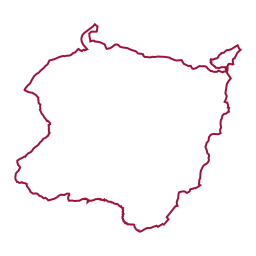 outline of Cosbuc, Bistrita-Nasaud, Romania
{"feature_id": "2599482B13321846656416", "entity_name": "Cosbuc", "entity_type": "district", "adm_level": 2, "iso_a3": "ROU", "parent_name": "Romania", "parent_adm1": "Bistrita-Nasaud", "projection": "robinson", "projection_center": [24.4, 47.372], "detail": "fine", "context": "isolated", "style": "outline", "palette": "rose", "viewbox_px": 256, "rotation_deg": 0, "n_neighbors": 0, "source": "geoboundaries", "source_scale": "gbopen_adm2", "svg_char_len": 5678}
<svg xmlns="http://www.w3.org/2000/svg" viewBox="0 0 256 256"><path d="M200.2,185.2L199.2,184.8L198.9,184.4L198.8,183.9L199.3,182.6L199.2,181.1L199.4,179.9L200.2,178.1L200.5,172.9L200.6,172.1L201.1,170.3L203.0,166.3L203.6,165.6L204.9,164.6L206.7,163.6L208.0,162.2L208.8,160.8L208.8,159.0L208.5,157.9L208.9,156.8L209.1,155.3L208.9,154.6L207.5,153.3L207.2,152.5L206.8,150.6L205.5,147.2L205.5,146.6L205.8,145.7L206.2,145.0L206.5,143.1L208.5,140.8L209.0,137.2L210.2,135.4L211.1,134.6L213.4,133.9L217.8,134.2L218.9,134.1L219.3,133.7L220.6,133.1L220.4,132.4L220.1,130.3L220.2,129.4L221.1,127.7L220.5,123.6L220.6,122.4L220.9,120.0L221.9,118.3L222.3,115.8L223.7,114.2L224.6,113.9L225.9,113.7L227.3,112.5L228.9,111.7L228.6,111.1L228.5,110.7L228.8,109.2L228.7,108.6L229.0,107.9L227.8,107.6L228.1,106.4L228.0,105.2L227.3,102.6L226.7,102.7L224.6,101.8L225.5,100.2L226.8,96.2L225.4,93.3L226.9,83.8L227.9,82.4L227.9,82.0L230.8,78.4L227.3,73.4L226.9,71.8L227.5,70.4L227.5,69.3L227.6,68.4L227.5,66.0L228.0,65.0L228.6,64.8L228.7,64.0L230.4,63.8L232.3,64.5L233.3,64.2L233.0,63.3L232.7,60.8L232.9,59.8L233.3,58.7L234.7,58.3L234.9,57.3L235.7,56.2L236.9,53.6L237.8,52.3L240.6,49.8L239.3,48.9L237.6,45.3L231.2,49.2L230.2,49.6L229.7,49.6L228.7,50.1L227.5,50.0L226.0,50.6L224.0,52.6L221.2,53.2L221.0,53.9L219.4,54.9L218.2,56.7L218.0,57.5L217.1,58.2L215.7,58.7L215.2,58.5L212.9,59.7L212.4,59.7L211.4,59.2L210.8,59.3L210.6,60.2L210.6,60.6L210.8,61.1L211.4,62.0L210.6,62.5L211.7,64.2L212.2,64.4L214.4,66.3L215.0,66.5L215.1,67.0L216.0,67.8L217.7,67.8L219.0,68.2L219.5,68.1L219.9,67.7L221.4,67.2L225.6,67.2L225.7,69.2L226.5,71.7L223.9,71.5L222.8,72.3L218.3,70.7L216.8,71.9L214.6,71.9L213.1,71.6L211.9,71.0L210.8,71.1L208.1,69.0L206.3,66.8L204.7,66.2L200.9,66.3L199.6,66.0L198.0,66.9L196.0,68.2L193.1,68.9L192.2,68.5L190.7,65.8L188.3,66.0L183.8,63.8L181.5,60.1L176.7,60.5L176.0,60.4L174.6,60.1L172.2,59.0L170.6,58.5L170.0,57.7L164.9,56.9L158.2,56.5L153.8,57.1L152.5,56.7L150.5,57.4L144.7,56.9L143.4,55.8L143.1,54.3L141.7,53.8L138.1,53.5L135.7,51.2L132.2,50.2L129.1,49.0L127.5,48.1L122.5,47.4L120.0,46.7L118.2,44.9L116.2,44.4L115.0,44.7L112.3,46.8L110.1,48.2L106.7,48.9L105.9,47.5L105.0,45.0L104.3,44.2L101.5,42.9L99.6,42.2L97.2,41.7L94.7,41.5L94.4,40.8L92.2,40.7L90.3,41.4L90.1,38.8L89.8,38.0L89.4,35.9L89.3,33.4L91.4,31.7L96.4,31.7L96.9,31.0L97.5,26.4L95.2,24.8L94.8,24.3L93.1,26.3L84.0,33.2L82.6,34.8L81.7,37.0L81.4,38.7L81.4,39.5L81.7,41.4L82.4,43.2L83.6,45.1L87.2,49.3L84.5,50.3L83.8,49.7L82.4,50.5L81.8,51.2L79.2,49.6L78.6,48.9L78.2,49.1L75.0,52.5L73.2,53.0L71.2,54.8L69.9,55.5L66.2,55.8L64.5,56.2L63.0,56.0L60.4,56.7L57.9,57.6L54.1,59.3L50.0,60.3L49.3,60.6L47.9,63.8L46.9,64.9L45.4,66.0L44.1,67.7L40.6,70.6L38.8,72.6L36.1,74.2L35.0,75.4L34.3,75.9L31.9,79.8L30.8,82.1L30.0,83.5L27.6,85.6L25.7,87.9L25.2,88.8L24.5,89.9L24.9,90.4L25.7,90.6L26.5,91.2L28.7,92.2L32.6,92.8L33.3,93.5L35.6,94.7L37.8,97.2L38.4,98.0L38.2,99.6L38.5,100.2L38.5,102.1L38.8,102.7L38.8,103.3L40.4,104.6L40.1,106.6L40.4,108.6L40.3,109.2L39.9,109.6L41.7,113.6L43.3,115.5L44.2,117.4L45.4,118.6L47.1,121.1L47.7,120.8L49.8,122.6L50.1,124.3L48.6,125.0L48.8,126.9L48.9,131.2L49.0,132.0L49.6,132.7L49.6,133.0L48.8,133.8L48.9,134.0L48.5,134.5L48.2,135.7L47.6,135.9L47.0,136.6L45.9,137.5L43.2,138.9L41.6,141.1L40.6,141.8L39.6,143.0L38.3,144.9L35.1,147.2L33.5,148.6L33.0,149.2L32.3,150.5L30.9,151.9L30.2,152.4L28.1,153.4L26.4,155.1L25.2,156.8L24.6,156.5L23.6,157.0L22.8,157.6L20.0,158.9L17.3,160.6L17.3,162.3L17.9,164.0L17.9,164.4L18.2,165.0L19.9,166.8L20.1,167.6L18.5,170.8L17.4,171.7L15.8,173.6L15.6,175.5L15.4,176.1L15.4,177.8L15.4,178.7L16.0,180.2L17.0,181.9L17.5,181.8L17.8,181.9L19.2,182.8L19.9,182.9L21.0,182.6L21.8,182.1L22.5,182.8L23.2,182.8L25.2,183.3L26.8,184.0L26.7,185.1L27.1,186.5L27.7,187.1L28.5,188.4L29.4,189.4L30.5,191.9L33.0,193.6L36.6,193.4L38.1,194.4L39.4,195.9L41.5,196.4L43.6,198.3L45.5,197.9L46.8,198.8L47.9,199.8L48.3,200.4L54.3,198.8L57.6,196.9L58.5,195.9L61.0,194.6L61.8,194.8L64.3,195.0L66.7,193.7L69.0,193.7L69.4,195.0L68.6,196.0L68.4,196.4L68.1,198.3L68.5,199.8L69.2,200.8L70.0,200.6L72.3,200.6L75.3,201.1L77.1,200.7L78.8,200.8L79.2,200.8L82.3,199.1L85.7,198.6L86.5,199.0L86.4,199.1L86.7,199.1L87.8,199.6L87.5,202.2L89.5,200.5L90.1,200.8L92.1,200.5L94.4,199.9L95.3,199.2L97.4,199.1L98.5,198.8L99.4,199.4L99.8,199.4L100.1,199.0L100.6,199.0L101.0,199.8L101.5,199.9L102.3,199.9L103.0,200.1L104.0,199.6L104.0,200.4L104.6,200.7L105.9,200.0L108.2,201.6L111.0,201.8L111.2,202.3L111.5,202.5L112.5,202.4L113.6,203.1L113.7,203.4L116.3,204.0L117.1,203.9L118.5,204.9L119.3,206.0L119.9,206.3L121.0,206.2L121.2,206.7L121.1,207.1L121.3,207.4L122.6,207.7L123.1,208.1L122.7,208.7L122.6,209.2L123.1,209.8L123.2,210.5L122.7,211.1L122.7,211.3L123.0,211.8L123.0,212.1L122.7,212.3L123.0,213.0L123.3,213.2L123.6,213.9L123.3,214.4L122.6,214.7L123.1,216.1L122.6,216.5L122.3,217.2L122.6,218.4L123.0,218.7L123.0,219.6L123.3,219.7L123.6,220.3L123.4,220.9L124.5,221.6L124.3,222.0L124.9,222.7L125.1,223.1L125.8,222.8L126.1,222.8L126.0,223.3L126.2,223.6L127.2,223.6L127.6,224.4L129.4,224.2L130.4,224.6L132.5,224.4L134.0,224.7L134.2,224.9L134.4,226.1L134.8,227.2L135.2,227.6L135.6,228.7L136.2,229.4L138.0,230.7L138.4,230.7L138.7,230.5L138.9,230.9L139.0,230.8L140.1,231.7L142.2,230.7L144.7,229.2L146.9,228.1L151.1,227.8L153.1,226.9L156.7,225.7L157.9,226.8L162.5,224.0L163.9,224.6L168.5,219.2L166.7,217.2L175.5,206.2L177.5,205.8L176.9,204.1L176.7,202.7L177.0,201.1L178.3,197.8L178.2,196.7L178.4,196.0L178.5,194.0L179.2,192.2L182.0,191.5L183.9,191.3L185.0,191.6L186.8,192.9L188.3,192.2L189.4,191.5L189.8,191.1L190.2,189.4L190.8,189.1L193.0,188.7L193.3,188.4L195.8,188.0L199.0,186.2L200.2,185.2Z" fill="none" stroke="#9f1239" stroke-width="2"/></svg>